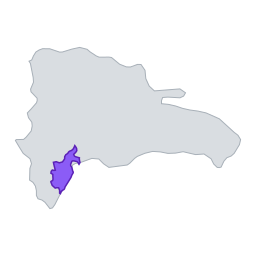 Barahona highlighted on a map of Dominican Republic
{"feature_id": "DOM-1970", "entity_name": "Barahona", "entity_type": "Province", "adm_level": 1, "iso_a3": "DOM", "parent_name": "Dominican Republic", "parent_adm1": "", "projection": "robinson", "projection_center": [-71.169, 18.186], "detail": "fine", "context": "in_parent", "style": "filled", "palette": "violet", "viewbox_px": 256, "rotation_deg": 0, "n_neighbors": 0, "source": "natural_earth", "source_scale": "10m", "svg_char_len": 2354}
<svg xmlns="http://www.w3.org/2000/svg" viewBox="0 0 256 256"><path d="M29.6,180.1L29.9,168.4L31.5,163.7L30.0,158.7L23.2,153.4L19.0,146.6L15.4,140.5L16.2,139.6L23.6,139.4L26.2,137.1L31.2,131.0L32.2,126.0L31.8,122.2L28.5,117.7L27.3,113.0L31.3,108.8L36.5,102.8L37.2,100.5L37.1,98.2L31.0,91.8L30.6,89.1L33.5,82.2L33.2,77.6L30.4,63.4L29.0,61.2L31.7,60.0L33.5,55.8L35.9,52.0L39.1,50.0L42.6,48.7L49.8,48.8L59.6,52.1L62.4,52.0L71.9,49.1L79.7,47.4L87.1,49.3L90.1,51.9L96.2,55.9L99.2,57.2L108.9,57.1L111.5,57.5L119.6,64.2L126.4,66.9L130.4,67.0L137.5,64.4L141.0,64.5L145.0,70.3L145.8,78.6L149.2,86.1L154.4,90.9L179.9,88.9L185.5,92.8L183.6,96.1L180.0,97.8L167.9,97.1L162.6,97.5L161.5,100.7L161.5,103.7L168.6,104.4L175.6,106.0L182.7,108.4L189.9,110.0L198.0,111.1L206.0,112.9L219.3,118.8L234.1,132.3L238.0,135.3L240.6,139.6L239.4,144.7L234.2,153.3L231.2,156.0L226.9,157.7L223.9,161.2L221.1,167.1L219.3,167.6L217.2,167.4L213.7,164.0L211.1,158.8L204.0,154.0L195.6,154.6L183.1,151.7L175.6,153.1L168.0,153.4L160.3,151.9L152.6,151.4L144.8,153.3L137.3,156.4L134.6,158.4L129.8,163.2L127.2,165.0L108.9,167.4L103.7,163.9L98.8,159.0L91.8,158.4L81.6,162.1L75.2,163.5L72.6,165.1L71.9,166.9L71.8,173.7L70.4,177.9L60.5,193.5L54.9,204.5L52.5,207.9L49.9,208.6L45.0,202.3L41.9,200.0L38.0,198.8L36.4,195.5L36.4,190.7L35.4,186.1L33.0,182.4L29.6,180.1Z" fill="#d9dde1" stroke="#a8b0b8" stroke-width="1"/><path d="M79.0,164.3L78.6,163.7L78.3,163.0L77.9,162.4L77.3,161.8L76.6,161.5L74.0,160.9L72.7,160.9L71.8,161.3L71.4,162.4L71.2,163.0L70.7,164.0L70.6,164.8L70.7,165.7L71.0,166.2L71.4,166.6L71.8,167.4L72.8,171.3L73.2,171.9L73.2,172.8L72.0,174.8L70.9,177.6L65.1,186.9L64.6,188.5L64.3,189.1L63.8,189.6L62.5,190.3L61.8,191.0L61.2,191.6L60.8,192.5L60.4,193.7L60.0,193.5L59.8,193.4L59.6,193.2L59.6,190.3L58.6,187.8L56.7,187.7L55.2,188.1L52.2,185.4L50.8,181.8L51.3,181.1L51.9,180.9L52.5,180.6L52.9,179.9L53.0,178.6L52.9,177.3L52.8,174.4L50.9,173.2L51.2,171.3L52.3,170.0L53.9,170.4L55.3,170.2L54.3,166.4L53.4,162.3L56.2,161.7L59.3,162.8L62.5,161.9L64.6,158.9L64.7,156.6L65.8,154.7L66.9,154.0L67.8,153.3L68.5,152.1L69.5,151.2L71.4,150.5L73.0,149.2L74.0,147.5L74.8,145.6L76.0,147.3L76.6,148.5L76.8,150.7L75.6,152.5L73.7,154.3L74.0,155.1L74.3,155.9L74.9,156.4L75.6,156.7L77.6,157.3L79.4,157.8L79.3,158.8L79.5,160.3L80.0,162.6L79.0,164.3Z" fill="#8b5cf6" stroke="#5b21b6" stroke-width="1.5"/></svg>